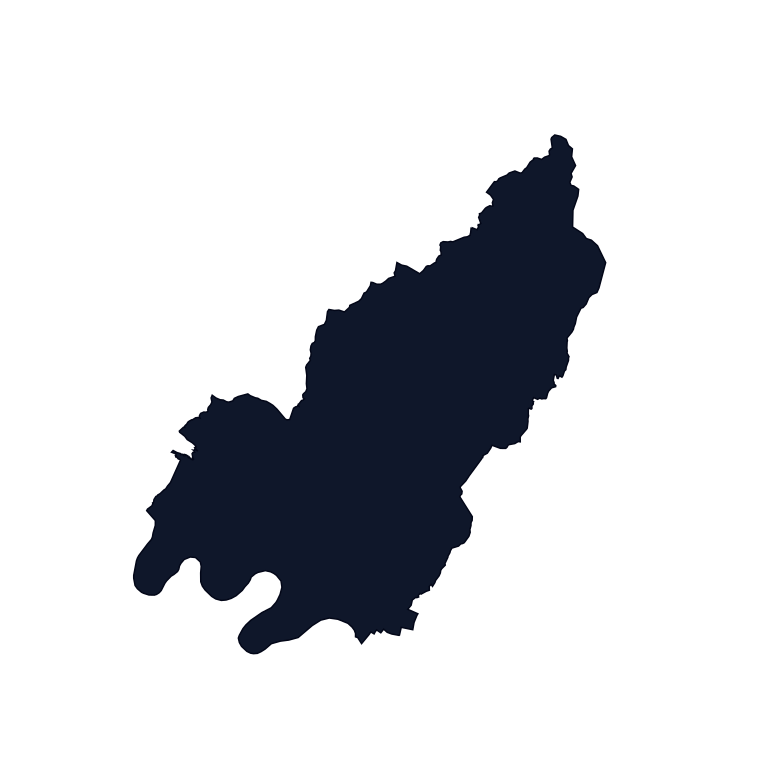 Gurasada, Hunedoara, Romania (orthographic projection), rotated 31°
{"feature_id": "2599482B26804986982160", "entity_name": "Gurasada", "entity_type": "district", "adm_level": 2, "iso_a3": "ROU", "parent_name": "Romania", "parent_adm1": "Hunedoara", "projection": "orthographic", "projection_center": [22.572, 45.999], "detail": "fine", "context": "isolated", "style": "filled", "palette": "ink", "viewbox_px": 768, "rotation_deg": 31, "n_neighbors": 0, "source": "geoboundaries", "source_scale": "gbopen_adm2", "svg_char_len": 6158}
<svg xmlns="http://www.w3.org/2000/svg" viewBox="0 0 768 768"><g transform="rotate(31 384 384)"><path d="M504.3,418.4L506.2,398.2L506.0,397.1L506.5,396.4L506.1,394.9L505.6,394.5L508.2,390.1L508.5,384.0L508.1,380.9L516.9,379.2L521.5,376.5L522.0,374.9L521.9,372.4L522.5,371.5L526.8,367.7L528.6,364.3L530.6,363.4L528.2,359.5L528.0,358.0L529.5,349.3L529.5,348.1L526.7,341.9L525.3,339.8L524.3,336.8L523.2,335.5L520.4,330.7L520.7,330.0L522.6,329.9L523.3,329.5L523.4,328.8L522.0,326.5L522.3,324.5L522.0,323.8L521.4,323.7L521.4,322.1L519.9,321.9L519.5,321.1L519.3,318.6L523.6,318.0L524.7,316.0L527.1,315.5L527.6,314.8L530.2,313.3L530.4,312.2L529.0,307.5L528.8,305.3L529.6,301.0L532.5,297.9L532.0,296.8L529.8,296.4L529.0,295.1L527.2,293.7L525.1,288.1L527.0,287.5L529.6,289.9L530.4,289.6L530.1,286.6L533.0,286.5L533.1,284.8L532.0,280.0L532.5,278.1L531.4,275.6L530.0,268.8L528.7,266.5L528.5,265.3L524.9,263.2L524.3,261.6L522.2,259.0L519.2,253.5L519.0,252.5L517.4,250.7L517.3,249.4L518.3,242.8L518.2,239.6L517.4,237.3L516.9,233.8L514.6,227.4L513.8,217.6L515.3,215.8L516.1,211.3L515.1,204.4L516.2,200.2L519.4,195.9L518.8,191.0L511.5,165.8L495.8,155.5L487.7,153.9L482.5,155.1L476.8,152.7L464.8,152.3L456.5,137.8L453.4,123.0L450.6,116.9L444.7,116.5L442.0,117.4L439.4,115.4L438.6,109.6L435.9,107.2L435.7,98.1L427.8,92.6L424.4,85.4L419.3,84.6L414.0,80.6L407.9,80.7L402.1,82.6L400.8,86.4L401.1,88.1L406.7,95.0L405.6,97.0L405.6,99.4L407.9,102.3L407.9,103.2L404.8,106.9L403.5,110.3L399.0,111.3L396.4,112.9L396.1,113.7L396.6,114.4L395.0,118.6L394.9,125.2L394.0,127.2L393.5,131.8L392.1,133.1L386.5,134.0L382.6,138.7L381.8,141.6L377.4,147.6L376.7,149.1L376.8,151.6L375.6,153.1L374.4,153.7L373.1,166.8L378.0,167.2L382.8,169.4L383.5,172.8L385.7,175.2L385.4,175.8L382.9,176.7L380.8,180.0L380.3,181.5L379.5,187.2L378.1,188.9L379.0,190.0L379.3,192.4L384.3,196.5L383.4,198.7L382.7,198.8L382.8,199.5L384.1,200.7L384.3,203.8L379.5,204.6L379.9,205.1L378.4,205.6L380.3,209.6L381.1,212.3L379.6,214.9L377.1,216.9L369.8,226.7L367.6,227.5L365.7,229.3L361.4,231.5L360.0,233.8L360.4,236.1L361.8,236.9L363.4,240.4L364.7,241.2L366.6,243.9L365.1,246.1L364.9,249.9L365.9,253.2L364.9,254.2L362.7,259.0L360.7,260.1L359.7,261.4L359.3,266.4L357.8,271.1L342.8,271.3L337.9,273.0L332.5,273.2L335.5,281.0L335.5,283.5L338.0,285.9L333.6,291.1L332.5,294.9L330.9,298.5L329.6,300.3L326.4,302.2L322.1,302.8L320.5,303.5L321.7,306.8L321.6,313.4L321.3,314.7L320.1,316.3L320.7,322.4L319.7,326.1L314.2,334.2L314.9,336.1L313.0,342.6L307.3,343.9L303.6,346.5L298.4,348.5L298.3,351.1L301.8,359.1L302.2,363.6L298.3,368.6L298.6,372.5L300.8,378.8L302.8,382.2L302.9,384.2L301.6,386.2L301.8,389.0L303.3,392.7L305.7,395.2L307.0,397.9L307.1,400.3L308.7,401.6L307.9,407.5L308.3,410.0L313.4,416.4L317.3,423.7L320.4,427.7L320.9,430.9L320.0,433.9L320.0,435.2L321.7,437.5L323.5,437.8L322.7,439.8L321.8,440.7L321.4,444.6L320.9,445.6L322.5,447.0L321.1,447.2L321.1,448.2L319.9,449.2L319.9,449.9L319.3,450.3L319.0,451.5L321.5,463.0L319.3,464.7L317.5,464.9L305.2,460.7L299.8,459.5L296.5,459.4L292.1,459.5L287.2,461.2L283.2,461.2L280.8,462.1L275.3,462.9L272.4,462.6L265.5,469.8L263.1,473.4L263.1,476.3L260.4,479.4L258.3,480.3L254.5,480.5L251.7,481.9L247.3,482.5L242.5,482.1L243.0,485.0L245.8,488.1L246.1,491.1L245.5,494.5L246.0,496.5L247.1,498.0L247.0,498.7L245.2,500.4L244.1,500.7L242.0,503.6L242.1,506.0L242.6,507.2L243.8,508.0L241.7,508.6L239.9,510.0L238.2,513.4L237.5,513.8L236.1,516.3L235.6,517.5L235.5,521.2L235.1,521.3L234.9,522.4L235.0,523.3L235.5,523.8L234.4,524.3L232.8,529.8L233.7,530.6L240.1,531.4L244.0,533.0L250.0,533.1L253.5,533.8L255.3,534.7L254.5,536.1L259.0,537.4L255.4,537.5L255.6,538.5L254.7,538.9L255.5,539.0L256.1,539.5L256.1,540.0L256.6,540.1L255.5,541.0L255.4,542.6L258.2,545.7L259.8,546.7L257.9,545.9L257.8,546.2L259.4,547.0L259.0,547.5L257.4,547.8L255.0,547.0L255.4,547.5L254.3,547.9L252.3,546.7L251.1,546.7L250.9,547.4L250.1,546.9L248.8,547.3L248.6,547.8L249.1,548.5L247.3,548.1L246.3,549.3L245.6,548.4L241.8,549.4L237.5,549.6L237.0,551.9L240.0,551.4L240.2,550.9L241.1,550.6L242.6,552.4L242.0,552.7L243.2,553.8L244.0,553.4L246.3,554.2L248.0,553.7L248.8,554.2L251.7,578.4L251.0,582.9L250.9,586.4L250.0,588.0L248.5,593.4L247.2,595.7L247.1,597.1L246.4,597.9L246.3,601.4L247.5,604.4L246.9,605.1L247.5,605.7L247.8,608.0L245.7,613.0L245.8,614.8L258.3,618.8L260.8,623.0L262.8,630.6L264.3,634.4L264.7,637.0L263.7,643.0L262.2,657.3L262.3,660.1L262.9,663.1L268.0,676.9L269.5,679.4L274.4,684.9L278.1,686.5L283.4,687.4L285.6,687.2L291.2,685.9L295.9,683.2L297.4,681.5L298.8,678.7L299.4,675.8L298.8,667.7L299.0,664.8L300.5,658.3L302.0,655.5L303.6,651.1L303.5,648.5L302.4,645.3L302.3,642.2L303.1,637.3L307.0,632.1L311.8,629.8L318.2,631.1L321.3,634.5L324.1,640.3L328.8,647.9L332.4,650.8L336.7,652.7L345.7,654.8L350.4,654.9L356.0,653.3L360.0,650.4L363.5,646.4L366.3,641.6L368.8,633.9L369.2,629.4L370.2,624.5L370.2,620.7L369.6,617.9L371.4,612.9L373.0,610.4L378.4,605.1L383.4,603.4L387.0,603.1L390.4,603.4L397.2,605.9L401.2,610.8L403.3,617.9L403.9,624.3L403.9,626.9L402.6,633.9L397.1,642.8L391.5,655.2L389.7,661.7L389.1,666.3L389.4,673.8L390.0,676.8L393.2,680.1L397.1,682.3L404.2,683.8L408.4,683.4L411.1,682.3L414.2,680.1L416.5,676.7L418.6,672.5L421.2,664.6L427.6,657.8L434.3,652.5L441.0,645.5L446.9,628.0L451.4,619.0L457.6,612.8L465.6,609.4L476.3,607.7L481.8,608.8L485.4,610.3L488.1,612.5L489.8,615.4L492.1,614.9L498.5,618.1L500.2,606.7L500.4,603.3L504.9,603.3L504.0,603.0L504.3,598.6L509.4,598.9L510.0,594.3L514.6,595.2L519.4,594.3L526.4,591.7L526.6,591.3L524.1,583.7L535.2,579.8L532.6,573.0L531.4,565.5L531.4,563.5L520.4,564.9L521.2,559.6L519.5,554.6L521.0,550.7L522.2,550.2L523.4,548.7L522.3,547.6L522.7,545.0L524.0,545.0L527.0,539.9L529.1,537.4L527.0,534.2L527.6,531.5L529.8,532.5L529.9,528.1L529.4,525.8L530.0,520.1L529.6,516.9L528.6,514.6L528.6,512.6L529.8,507.7L528.7,506.5L528.0,499.7L527.5,498.4L527.4,494.7L526.8,492.8L526.7,489.7L531.4,484.5L532.1,481.6L533.6,480.2L534.5,478.7L535.2,470.9L534.3,466.8L532.6,464.5L531.5,460.6L530.0,458.0L529.8,455.5L528.0,452.2L507.0,441.6L506.9,439.5L507.3,438.2L506.2,435.7L502.8,433.7L502.3,432.8L504.0,425.1L504.3,418.4Z" fill="#0f172a" stroke="#020617" stroke-width="1.5"/></g></svg>